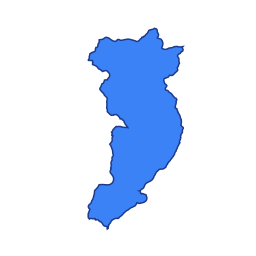 outline of Chicoana, Salta, Argentina, rotated 103°
{"feature_id": "61730980B71873263236869", "entity_name": "Chicoana", "entity_type": "district", "adm_level": 2, "iso_a3": "ARG", "parent_name": "Argentina", "parent_adm1": "Salta", "projection": "orthographic", "projection_center": [-65.583, -25.169], "detail": "fine", "context": "isolated", "style": "filled", "palette": "blue", "viewbox_px": 256, "rotation_deg": 103, "n_neighbors": 0, "source": "geoboundaries", "source_scale": "gbopen_adm2", "svg_char_len": 5787}
<svg xmlns="http://www.w3.org/2000/svg" viewBox="0 0 256 256"><g transform="rotate(103 128 128)"><path d="M225.4,145.2L224.8,144.6L224.4,143.6L224.4,141.8L223.8,140.4L223.7,139.6L224.8,139.3L224.9,139.0L224.8,138.4L224.3,137.8L224.2,137.1L224.3,136.3L225.0,135.6L225.1,134.7L225.6,134.2L225.5,133.5L225.8,132.8L226.7,131.6L228.2,130.1L228.8,129.0L228.8,127.8L228.7,126.2L229.6,125.9L230.5,125.8L231.1,125.5L230.1,124.7L229.2,125.0L228.0,125.0L227.4,124.8L226.8,125.1L224.2,123.7L222.8,123.6L222.0,123.0L221.6,123.1L219.2,120.4L218.7,119.1L218.2,117.0L216.1,115.8L215.3,115.0L213.4,113.7L212.1,113.1L209.1,111.0L207.8,109.5L206.3,108.2L205.5,107.7L202.5,103.8L201.4,103.2L200.1,102.7L198.9,102.6L198.8,101.8L199.1,100.8L198.9,99.9L198.5,99.0L197.1,96.2L196.3,95.2L194.8,94.0L193.6,93.7L191.7,93.9L189.0,95.5L188.9,96.8L189.0,97.2L188.8,97.6L188.6,98.8L188.7,99.5L189.0,99.6L189.1,99.8L189.0,100.7L188.8,100.9L188.2,101.1L187.8,101.6L187.3,101.7L187.0,102.0L186.8,102.9L186.6,102.4L186.0,101.8L184.7,101.0L183.8,100.0L182.8,99.3L179.4,98.7L178.6,98.4L178.0,98.0L176.3,96.4L175.3,95.0L173.8,93.4L173.0,92.8L170.8,91.9L168.7,91.7L167.8,91.2L166.8,91.1L165.8,90.7L164.7,90.5L164.2,90.2L163.4,89.5L162.6,89.2L161.3,88.1L160.9,87.4L160.2,85.0L159.9,84.4L158.7,83.2L157.6,82.3L155.8,82.1L155.2,81.9L154.4,81.3L153.2,81.4L152.3,80.7L151.5,80.4L150.6,79.8L148.9,79.2L147.8,78.5L146.8,78.3L145.9,77.8L145.2,77.4L144.4,77.3L143.5,76.8L141.8,76.8L140.9,76.6L139.8,76.0L138.4,76.0L136.6,75.5L134.7,75.4L133.6,74.9L132.6,74.8L130.7,74.1L130.0,74.7L129.6,74.8L129.1,74.8L128.0,74.5L126.7,74.4L125.1,74.5L123.9,75.0L123.2,74.8L123.0,75.0L121.9,74.9L121.7,74.6L120.5,74.1L119.4,74.1L118.7,74.4L117.9,74.5L116.8,74.3L116.2,74.1L115.0,74.4L114.9,74.9L114.1,76.2L113.6,76.9L111.8,77.2L110.7,77.2L108.4,77.8L107.7,78.1L106.5,79.1L104.3,80.2L103.2,81.1L102.7,81.9L101.9,82.3L101.7,82.8L101.2,82.8L100.5,83.5L99.6,83.9L98.9,84.6L98.4,84.7L98.5,85.0L98.4,85.3L98.1,85.5L97.9,86.0L97.5,86.2L97.4,86.8L92.6,86.7L91.7,87.0L90.8,87.1L90.2,86.9L89.4,86.8L88.3,87.8L88.1,89.2L87.5,89.9L87.1,90.8L86.5,91.3L84.7,93.5L83.8,96.1L82.7,97.3L82.5,98.0L82.6,99.3L82.3,100.0L81.5,100.4L80.4,100.5L78.8,99.7L77.9,99.7L77.3,100.4L76.8,101.5L76.3,102.3L73.6,103.9L72.3,103.9L71.4,103.6L71.1,102.7L70.6,102.2L69.5,100.4L68.8,99.9L67.3,99.5L67.2,99.1L67.0,97.2L66.4,96.2L65.7,95.7L63.4,94.3L61.1,92.7L60.0,92.7L58.5,93.5L57.5,93.4L56.6,92.9L54.7,92.9L53.4,92.4L52.8,92.7L51.9,93.3L49.3,93.9L48.2,94.5L47.6,95.3L46.8,96.0L45.9,95.9L44.8,95.4L43.4,93.8L41.7,93.2L41.2,92.4L40.3,91.9L39.5,91.9L38.5,92.4L37.9,92.9L37.0,93.2L36.3,92.8L36.8,94.1L37.3,95.2L37.5,96.6L37.5,98.7L38.1,100.6L38.6,101.5L39.3,102.4L39.8,103.1L40.9,106.0L42.8,108.4L42.9,109.1L43.2,110.4L42.8,112.8L41.7,113.1L40.1,112.8L37.8,113.0L36.5,113.6L35.5,114.2L34.2,115.6L33.9,116.7L33.9,117.6L33.6,119.7L33.0,119.7L32.0,119.2L31.5,119.1L30.5,119.1L29.0,120.0L27.9,121.1L26.9,121.3L25.7,121.8L25.0,122.8L25.1,123.8L24.9,124.7L25.8,125.4L26.4,126.3L27.3,128.4L28.3,129.7L30.2,130.1L31.5,130.6L32.6,131.4L34.9,132.6L35.3,133.4L35.8,133.3L36.2,133.7L36.2,134.5L36.6,135.0L37.1,134.9L37.7,135.1L38.2,135.8L39.9,136.6L41.3,137.8L41.6,138.4L41.7,139.3L41.4,140.9L41.2,146.1L41.3,147.3L41.6,148.6L42.1,149.9L43.9,153.7L44.3,155.1L43.9,156.0L43.9,157.5L44.5,158.3L46.0,159.1L46.4,159.9L46.6,161.5L46.0,164.0L44.6,167.1L44.5,169.5L44.9,170.4L47.0,172.3L47.6,173.4L48.5,175.9L50.1,175.6L50.7,175.2L52.6,176.0L55.8,175.9L56.3,176.4L56.8,177.4L57.4,177.3L58.4,177.6L59.1,177.3L60.4,177.2L61.4,178.3L61.7,178.7L61.8,179.1L62.3,179.3L62.8,180.5L63.3,180.8L64.1,181.8L64.5,181.7L67.2,181.8L69.0,181.4L70.3,181.9L71.0,181.8L71.0,181.2L70.7,180.1L70.3,177.8L70.8,177.6L71.6,177.4L72.0,176.9L73.5,177.1L74.2,176.8L74.2,175.7L74.7,173.3L75.8,171.1L76.8,170.3L77.0,169.8L77.1,169.0L77.6,167.5L77.9,167.0L78.7,165.5L78.0,164.5L77.1,162.8L77.0,162.0L77.1,161.3L78.8,158.8L79.7,158.1L80.3,157.8L82.1,157.6L83.0,157.9L83.9,158.5L84.8,158.9L85.8,159.1L86.2,160.8L86.7,161.7L87.9,161.7L89.9,162.1L90.5,162.9L91.0,163.4L93.6,163.6L94.8,164.1L96.0,164.3L96.8,164.0L99.0,161.1L99.8,159.6L101.4,158.3L103.1,155.5L104.1,154.8L107.2,154.6L109.4,153.9L113.9,153.1L114.2,152.5L115.1,152.1L116.2,152.1L116.9,151.7L117.3,150.9L118.2,149.6L119.1,147.9L119.4,147.1L119.3,146.6L119.0,146.3L118.8,145.1L118.6,144.7L118.1,144.5L117.9,144.2L117.6,142.0L117.9,141.5L118.1,140.5L118.6,140.1L119.6,138.6L120.9,137.7L120.9,137.4L120.5,136.7L120.5,136.2L121.4,135.3L121.6,134.1L122.2,133.5L123.4,132.9L124.2,132.0L125.2,131.3L125.6,130.5L126.3,129.8L127.0,128.7L127.7,128.2L127.7,129.2L128.0,130.4L128.1,131.2L128.4,132.7L128.3,134.7L128.4,135.2L128.3,135.6L128.3,136.1L128.7,137.7L128.9,138.4L129.1,139.5L129.3,139.9L129.8,140.1L129.8,140.3L130.7,141.0L131.9,141.5L132.7,142.1L135.1,142.6L135.7,143.1L136.1,143.0L136.6,142.2L136.9,142.0L137.3,142.0L138.2,142.3L138.8,142.1L138.8,141.2L139.0,140.8L139.3,140.8L140.4,141.3L141.0,141.3L143.1,140.8L144.0,140.5L146.1,141.2L147.4,142.0L148.0,142.0L148.5,141.6L149.0,140.8L149.8,140.3L150.0,140.1L151.5,139.3L152.2,138.6L152.7,138.3L153.7,138.0L154.7,137.4L155.8,137.3L156.5,136.8L157.2,136.6L157.7,136.2L159.0,136.3L159.8,136.9L160.3,136.9L161.8,136.6L162.8,136.2L164.2,136.7L165.9,136.7L167.2,136.3L167.9,135.8L168.4,135.9L169.5,135.7L170.3,135.9L170.9,135.9L171.3,135.3L171.7,135.5L172.3,135.4L173.5,135.7L174.5,135.6L175.6,135.1L178.2,132.0L179.1,131.3L180.8,130.6L182.1,130.3L184.0,130.6L185.4,131.2L187.1,132.8L187.6,133.9L188.1,135.4L188.8,140.1L189.1,141.4L189.8,143.4L192.2,144.0L195.0,145.5L195.7,146.1L196.7,146.4L199.8,146.0L204.7,146.2L205.7,146.4L206.9,146.9L208.8,147.0L209.9,147.4L211.3,148.5L211.8,148.8L212.8,149.0L213.7,149.0L215.1,148.0L215.7,146.8L220.5,147.5L224.2,146.6L225.4,145.2Z" fill="#3b82f6" stroke="#1e3a8a" stroke-width="1.5"/></g></svg>